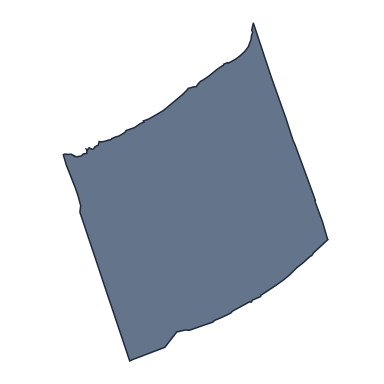 outline of Kiang Central, Lower River, Gambia, rotated 341°
{"feature_id": "56634734B95834842597723", "entity_name": "Kiang Central", "entity_type": "district", "adm_level": 2, "iso_a3": "GMB", "parent_name": "Gambia", "parent_adm1": "Lower River", "projection": "equal_earth", "projection_center": [-15.756, 13.406], "detail": "fine", "context": "isolated", "style": "filled", "palette": "slate", "viewbox_px": 384, "rotation_deg": 341, "n_neighbors": 0, "source": "geoboundaries", "source_scale": "gbopen_adm2", "svg_char_len": 1776}
<svg xmlns="http://www.w3.org/2000/svg" viewBox="0 0 384 384"><g transform="rotate(341 192 192)"><path d="M304.9,281.3L304.8,281.2L305.5,266.8L305.7,262.3L305.2,240.2L305.9,240.0L305.6,220.3L304.8,180.8L304.4,176.6L304.3,176.3L304.4,172.5L304.7,157.9L304.8,152.3L304.7,144.9L304.4,109.7L304.4,108.9L304.4,107.8L305.0,53.8L305.0,52.5L304.8,52.5L301.2,58.3L301.2,61.2L299.2,63.4L297.3,67.3L292.4,73.1L287.6,76.3L282.2,78.7L276.2,80.7L268.1,82.0L267.9,81.3L267.2,81.3L263.8,81.4L262.8,82.6L261.3,82.6L255.3,84.3L245.0,88.1L238.5,89.8L236.0,90.1L232.6,92.0L230.5,93.7L226.8,93.0L224.4,93.0L222.2,92.7L221.0,93.7L215.1,96.6L211.7,97.9L205.8,100.2L201.5,101.8L194.7,104.4L191.1,105.7L180.2,107.9L175.0,108.9L169.0,109.0L169.3,110.4L169.2,110.4L165.8,110.4L158.5,112.4L158.1,112.4L152.9,112.4L149.5,112.4L148.3,113.7L142.5,115.0L140.3,115.3L138.1,115.0L135.7,115.3L133.5,115.3L133.0,116.0L132.3,116.0L131.3,116.0L129.8,115.7L126.4,115.7L122.8,115.1L120.6,114.1L118.4,117.3L116.5,117.3L115.7,117.7L114.5,117.7L113.5,119.0L111.6,119.3L109.2,116.7L107.0,118.0L106.0,117.1L106.2,119.0L105.5,119.9L105.0,121.2L101.6,120.6L99.0,121.9L95.6,121.3L94.3,121.3L92.1,119.0L92.1,119.4L89.9,116.8L88.2,116.5L83.6,114.6L82.4,114.9L82.4,115.6L81.9,125.7L83.0,149.7L83.0,158.6L82.3,168.6L79.4,174.7L79.0,226.3L78.6,263.4L78.6,271.9L78.3,307.3L78.1,330.1L78.1,331.5L81.7,331.1L115.8,330.0L116.3,329.7L132.0,319.4L140.8,320.3L144.4,321.9L155.9,321.8L169.7,321.8L171.2,320.8L176.0,320.5L180.9,320.1L186.3,319.5L189.2,319.1L191.3,317.9L196.4,317.0L210.5,314.6L212.2,315.5L213.9,313.9L222.9,313.2L223.3,312.1L231.7,310.0L242.6,307.1L251.1,304.5L257.9,301.9L266.4,297.7L272.0,295.8L274.0,295.1L283.0,291.2L284.4,291.2L287.3,289.0L304.9,281.3Z" fill="#64748b" stroke="#1e293b" stroke-width="1.5"/></g></svg>